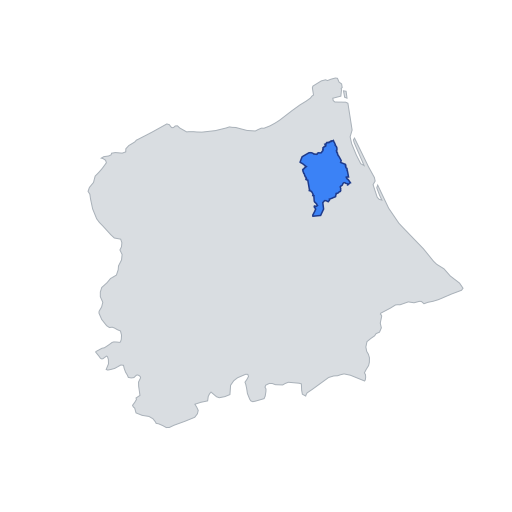 Agneby-Tiassa, Agnéby, Ivory Coast (highlighted), rotated 250°
{"feature_id": "98640826B52449815511854", "entity_name": "Agneby-Tiassa", "entity_type": "district", "adm_level": 2, "iso_a3": "CIV", "parent_name": "Ivory Coast", "parent_adm1": "Agnéby", "projection": "robinson", "projection_center": [-4.418, 5.953], "detail": "fine", "context": "in_parent", "style": "filled", "palette": "blue", "viewbox_px": 512, "rotation_deg": 250, "n_neighbors": 0, "source": "geoboundaries", "source_scale": "gbopen_adm2", "svg_char_len": 8764}
<svg xmlns="http://www.w3.org/2000/svg" viewBox="0 0 512 512"><g transform="rotate(250 256 256)"><path d="M132.9,104.9L134.4,104.8L138.3,103.5L141.8,100.6L145.2,94.5L149.6,89.6L154.6,90.0L156.1,89.1L157.9,88.9L160.0,92.1L162.1,94.6L163.6,94.7L164.7,99.3L173.8,101.2L177.7,102.5L181.0,105.9L182.2,106.0L183.6,105.3L184.7,104.1L184.9,102.8L183.5,99.7L184.1,97.0L185.6,94.5L187.9,94.4L191.5,93.7L195.6,93.7L198.6,94.1L199.8,91.7L198.7,84.8L199.0,81.0L199.5,77.7L200.6,76.4L205.1,80.5L209.3,81.9L212.2,82.0L213.1,81.3L211.8,76.9L212.2,75.6L213.3,74.8L215.2,74.3L220.5,72.5L221.0,72.9L222.0,79.8L221.6,82.1L222.7,86.8L224.0,91.2L223.9,93.0L222.8,95.7L221.5,98.2L221.6,99.2L223.7,100.9L227.7,102.6L231.9,103.0L234.2,100.5L236.7,98.4L238.3,96.5L238.9,93.8L241.6,91.8L249.1,89.3L256.1,88.9L257.8,89.7L260.9,93.5L264.9,96.2L271.0,95.8L275.4,97.4L279.2,100.3L281.8,106.8L284.6,111.6L285.8,118.3L290.2,121.8L293.7,123.4L298.3,128.3L303.2,130.7L308.2,130.2L310.6,132.7L314.3,134.5L318.1,134.6L321.4,129.0L325.7,126.8L336.7,122.3L341.1,120.3L345.5,119.0L356.1,118.6L366.0,120.0L370.9,121.0L374.2,120.3L377.4,122.9L380.7,128.5L383.4,130.3L386.1,132.2L388.2,136.6L390.6,141.0L391.9,143.0L394.8,147.3L397.4,147.4L399.9,145.5L400.9,144.1L401.4,147.0L400.4,151.6L400.6,154.4L402.0,155.5L401.3,159.2L398.4,165.5L398.4,169.2L401.3,170.4L403.3,174.3L404.6,181.0L405.8,183.3L405.9,184.7L408.0,201.0L410.6,217.4L409.0,219.5L406.7,220.1L405.3,220.9L404.9,222.4L405.8,224.6L405.2,226.7L402.4,228.1L396.3,233.3L395.8,235.4L394.2,239.8L392.9,242.5L390.9,247.5L387.7,260.8L386.5,271.8L386.4,275.2L385.1,277.5L383.7,280.9L377.1,290.4L373.7,298.1L374.1,301.4L374.3,304.8L373.3,307.2L373.5,313.7L374.3,319.1L375.5,324.5L380.3,339.6L382.9,348.8L384.4,356.2L385.8,361.2L387.1,363.2L387.6,365.1L394.8,366.5L396.2,367.6L398.2,377.2L397.8,381.6L396.4,383.2L396.5,386.9L396.1,391.5L395.1,393.3L391.1,393.5L388.4,395.3L384.8,394.6L384.4,393.4L382.5,393.0L377.2,390.4L378.0,382.1L375.6,381.7L373.7,382.8L369.9,392.8L368.1,394.6L341.5,389.4L335.8,385.2L328.9,384.3L316.8,384.8L306.9,386.0L304.0,388.5L329.1,387.0L331.8,387.3L333.1,388.9L301.4,392.2L289.3,394.1L285.7,393.6L283.0,390.4L269.8,390.0L267.1,391.1L265.5,393.4L270.7,392.9L278.8,392.8L281.0,394.6L255.5,397.0L237.8,401.5L230.2,404.8L205.5,415.8L190.4,421.0L186.5,422.9L179.6,428.3L170.8,431.7L160.9,438.0L154.9,439.5L153.5,437.4L153.4,426.7L152.6,412.4L152.9,406.9L153.7,401.7L153.7,397.5L156.7,395.9L157.5,394.1L158.0,388.5L160.8,383.4L160.9,374.6L161.7,372.7L162.3,370.4L161.1,364.6L159.6,353.7L158.8,353.0L158.2,353.4L156.6,353.6L150.4,349.8L145.6,349.2L142.2,346.0L142.0,342.3L140.4,340.1L139.3,335.9L137.6,331.0L132.9,328.1L128.5,327.4L125.3,328.0L121.6,327.8L117.4,326.2L114.5,324.3L111.7,320.7L109.1,317.9L107.1,318.3L104.6,317.6L102.2,316.3L101.4,315.3L111.7,303.9L115.1,298.4L115.5,295.0L115.6,291.6L116.7,288.1L117.0,282.7L111.4,263.2L109.9,257.2L108.4,255.5L107.4,254.8L110.3,252.3L114.3,253.0L120.3,254.9L121.7,253.0L126.3,243.2L126.2,239.5L125.7,237.0L128.4,230.3L130.6,227.7L131.7,224.9L131.3,221.0L129.7,219.6L127.6,219.9L125.1,218.9L121.2,216.7L119.2,214.8L119.8,205.9L120.2,203.1L121.6,201.6L123.7,201.1L129.7,200.9L134.6,201.9L138.9,202.5L141.2,202.5L143.0,205.1L145.4,207.8L147.6,207.8L148.4,205.8L147.9,197.0L146.4,192.4L143.2,187.9L134.7,184.1L134.5,178.7L135.4,173.0L137.2,170.8L143.5,167.2L142.4,165.2L140.4,163.1L136.4,161.0L137.4,154.0L137.6,147.9L134.2,148.6L130.7,148.9L127.8,147.0L125.4,143.3L125.0,133.0L125.0,121.0L124.5,115.8L125.5,113.0L128.5,110.4L131.7,107.0L132.9,104.9ZM381.3,394.7L380.0,397.0L373.2,395.5L374.8,393.6L381.3,394.7Z" fill="#d9dde1" stroke="#a8b0b8" stroke-width="1"/><path d="M300.2,328.9L300.1,329.1L299.9,329.0L299.5,328.8L299.3,328.5L299.2,328.4L299.1,328.5L299.1,328.9L298.9,329.0L298.7,329.3L298.4,329.6L298.1,329.7L298.0,329.8L297.9,330.1L297.7,330.2L297.4,330.1L297.2,330.3L296.9,330.4L296.7,330.4L296.4,330.5L296.2,330.5L295.6,330.6L295.2,330.7L294.7,330.6L294.1,330.6L293.9,330.5L293.8,330.3L293.4,330.0L293.2,330.4L293.4,330.5L293.6,330.7L293.5,330.8L293.0,331.0L293.0,330.9L292.9,330.9L292.7,330.9L287.7,329.5L287.1,329.5L286.3,329.7L286.2,329.8L286.1,330.0L285.5,330.2L285.1,330.4L284.9,330.4L284.7,330.6L284.3,330.8L284.1,330.7L283.8,330.7L283.0,330.9L282.7,330.8L282.4,331.0L282.2,330.5L282.2,330.3L282.2,330.1L282.0,329.5L282.0,329.3L282.4,329.0L282.5,328.9L282.9,328.4L283.0,328.0L282.9,327.9L282.3,327.5L282.0,327.6L281.6,327.6L281.3,327.7L281.0,327.9L280.6,328.0L280.4,328.1L280.2,328.0L279.9,328.0L279.6,328.1L278.3,326.8L277.8,326.5L277.3,325.8L277.0,325.5L275.0,323.3L273.9,323.1L272.0,330.6L277.0,335.6L283.3,337.0L284.6,339.4L284.0,340.8L282.3,342.4L283.3,344.1L284.1,344.6L284.3,344.5L284.3,347.6L284.4,347.8L284.5,350.7L284.5,351.0L285.0,351.4L285.4,351.5L285.6,351.5L286.1,352.0L286.4,352.3L286.7,352.4L286.9,352.4L287.0,352.6L287.4,352.8L287.4,353.0L287.2,353.3L287.1,353.5L287.1,353.9L287.2,354.3L287.2,355.1L287.4,355.3L287.6,355.6L287.7,355.8L287.7,356.0L287.9,356.3L287.9,356.8L287.8,357.2L287.8,357.3L288.5,358.0L289.0,358.1L289.5,358.2L290.3,358.7L291.5,358.7L292.1,358.8L292.3,358.9L292.3,359.0L292.5,359.3L292.5,359.5L292.8,359.8L292.8,360.3L293.0,361.1L293.3,361.6L293.5,361.8L294.0,362.1L294.2,362.3L294.6,362.9L294.8,363.5L294.8,363.8L294.5,364.6L294.2,364.8L293.9,365.0L293.3,365.5L293.1,365.8L292.8,366.5L292.7,366.6L292.3,366.9L292.1,366.9L291.8,366.8L291.5,366.6L291.5,366.9L291.5,367.0L291.8,367.3L291.8,367.7L291.9,367.8L292.1,368.0L292.2,368.4L292.3,368.5L292.4,368.8L292.5,369.0L292.5,369.8L295.8,368.9L296.1,368.7L296.7,368.5L297.0,368.1L297.3,368.0L297.5,368.0L297.7,367.9L297.9,367.9L298.1,367.8L298.6,367.7L298.8,367.8L299.0,367.7L299.3,367.8L298.6,370.0L304.7,371.0L304.8,371.0L305.1,370.8L305.3,370.8L305.5,370.9L305.7,371.1L305.9,371.1L307.0,371.4L307.3,371.4L307.8,371.0L308.0,370.8L308.7,370.7L309.0,370.9L309.3,370.8L309.5,370.8L309.6,371.1L310.0,371.2L310.2,371.3L310.3,371.3L310.4,371.2L310.5,371.3L310.8,371.3L310.9,371.2L311.1,371.4L311.3,371.4L311.5,371.4L315.0,367.5L316.6,368.7L321.7,367.9L321.9,367.7L322.2,367.7L322.5,367.5L322.8,367.5L323.0,367.6L323.3,367.5L323.6,367.6L323.9,367.5L324.1,367.5L324.4,367.5L324.6,367.6L324.8,367.8L325.0,367.8L325.5,367.6L325.8,367.3L326.3,367.5L326.7,367.5L326.8,367.7L326.9,367.8L327.1,367.7L327.3,367.8L327.5,367.6L327.8,367.9L328.2,368.3L328.4,368.5L328.6,368.5L329.7,368.9L329.9,369.0L330.3,368.9L330.7,368.9L331.3,369.0L333.0,368.3L333.3,368.6L333.5,368.6L335.1,368.5L335.6,368.5L336.3,368.3L336.8,368.3L337.3,368.2L337.7,368.3L338.0,368.2L337.9,368.1L337.8,367.8L337.9,367.7L338.0,367.6L338.0,367.4L338.1,367.2L338.2,366.9L338.0,366.7L338.0,366.4L337.9,366.3L337.9,366.2L338.0,366.0L337.9,365.8L337.9,365.7L338.0,365.7L338.2,365.8L338.4,365.8L338.4,365.7L338.2,365.6L338.3,365.5L338.3,365.4L338.2,365.1L338.2,364.7L338.0,364.4L337.9,364.1L337.9,363.9L337.6,363.8L337.6,363.7L337.9,363.5L338.0,363.4L337.9,363.2L337.7,363.1L337.7,362.9L337.9,362.8L338.1,362.6L338.2,362.3L338.1,362.1L338.2,361.9L338.1,361.7L338.3,361.5L338.4,361.4L338.3,361.2L338.2,361.1L338.1,360.8L338.0,360.7L337.9,360.7L337.7,360.7L337.4,360.4L337.2,360.1L337.2,359.7L337.5,359.7L337.5,359.3L337.5,359.1L337.3,359.2L337.1,359.0L336.9,359.0L336.7,358.9L336.4,358.9L336.3,359.3L336.2,359.4L335.8,359.4L335.6,359.3L335.5,359.2L335.4,358.8L335.3,358.5L335.3,358.0L335.4,357.5L335.4,357.4L335.3,357.1L335.2,357.0L335.1,356.9L334.9,356.8L334.9,356.0L334.8,355.9L334.7,355.9L334.6,356.1L334.3,355.9L334.1,355.8L333.8,355.7L333.7,355.5L333.6,355.3L333.3,355.2L333.1,355.2L333.0,355.3L332.9,355.4L332.6,355.2L332.4,355.0L332.1,354.8L331.9,354.6L331.8,354.2L331.7,353.8L331.6,353.7L331.4,353.6L331.2,353.3L330.9,353.0L330.8,352.8L330.8,352.6L330.7,352.5L330.7,352.3L330.9,351.7L331.1,351.3L331.2,350.9L331.3,350.6L331.4,350.2L331.6,350.0L331.7,349.9L331.6,349.5L331.6,349.3L331.5,348.8L331.4,348.7L330.8,348.3L330.7,348.1L330.8,347.8L330.9,347.4L331.2,347.1L331.2,346.9L331.6,346.2L331.8,346.1L331.8,345.9L331.8,345.4L332.5,345.0L332.9,344.7L333.7,343.9L334.0,343.5L334.4,342.7L334.5,342.4L334.9,341.1L334.8,340.4L333.8,334.9L333.5,333.3L331.5,331.5L329.1,329.5L328.6,329.8L326.9,331.3L322.9,333.8L322.9,333.7L322.6,333.3L322.5,333.2L322.4,332.8L322.5,332.5L322.4,332.5L322.3,332.4L322.1,331.9L322.1,331.5L322.0,331.3L321.7,331.2L321.6,330.6L321.3,330.3L321.3,330.2L321.4,329.8L321.4,329.7L321.2,329.5L320.9,329.3L320.5,329.4L320.0,329.2L319.6,329.1L319.2,329.2L318.9,329.1L318.1,329.2L317.9,329.2L317.4,329.1L317.0,329.4L316.8,329.5L316.5,329.4L315.7,329.4L315.1,329.3L314.8,329.5L314.6,329.5L314.1,329.3L313.8,329.3L312.9,329.9L312.6,329.8L312.3,329.9L311.7,330.0L311.6,329.9L311.5,329.5L311.2,329.1L310.7,329.2L310.5,329.3L309.8,330.2L309.6,330.6L300.2,328.9Z" fill="#3b82f6" stroke="#1e3a8a" stroke-width="1.5"/></g></svg>